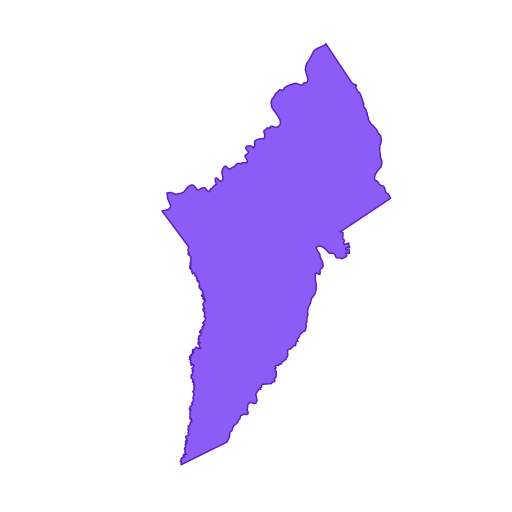 Eirunepé, Amazonas, Brazil, rotated 326°
{"feature_id": "56859067B78365378288365", "entity_name": "Eirunepé", "entity_type": "district", "adm_level": 2, "iso_a3": "BRA", "parent_name": "Brazil", "parent_adm1": "Amazonas", "projection": "natural_earth1", "projection_center": [-70.397, -7.041], "detail": "fine", "context": "isolated", "style": "filled", "palette": "violet", "viewbox_px": 512, "rotation_deg": 326, "n_neighbors": 0, "source": "geoboundaries", "source_scale": "gbopen_adm2", "svg_char_len": 6140}
<svg xmlns="http://www.w3.org/2000/svg" viewBox="0 0 512 512"><g transform="rotate(326 256 256)"><path d="M127.9,394.0L132.9,391.1L135.7,387.5L138.4,387.3L141.8,384.4L145.9,384.1L149.1,382.9L150.3,382.0L151.6,381.9L154.0,379.8L158.2,380.6L159.0,381.9L160.4,382.4L161.8,381.9L162.6,378.8L166.4,374.4L169.5,374.1L172.2,377.6L173.7,377.9L176.1,376.3L178.6,370.4L181.7,368.9L184.0,368.5L185.3,369.1L185.8,367.7L187.3,367.7L188.1,366.3L189.7,366.1L197.5,370.4L198.7,369.7L201.4,370.5L202.9,367.7L204.3,367.8L205.5,366.9L208.1,363.2L208.6,360.0L210.0,360.0L210.0,358.4L211.3,357.8L213.6,359.3L214.9,358.9L216.1,359.6L218.9,358.4L222.9,358.5L224.0,357.3L225.5,357.2L226.7,356.2L229.8,351.4L233.0,352.4L237.7,351.3L238.6,352.4L241.6,349.4L243.1,350.0L243.4,348.1L246.2,347.4L248.5,345.7L251.1,345.1L255.1,345.5L258.4,342.4L259.6,339.7L260.9,339.4L264.3,335.0L266.2,333.8L267.6,330.9L269.8,328.5L274.5,325.7L278.2,322.3L283.6,320.4L287.1,317.4L289.3,314.7L291.9,308.9L295.3,303.9L296.7,303.8L297.6,306.0L298.6,306.9L299.8,305.9L301.0,303.7L301.9,303.0L304.7,302.8L306.3,301.7L307.8,298.2L308.6,293.2L309.9,289.9L310.0,284.7L310.7,282.6L313.1,282.6L315.5,284.2L317.4,288.5L318.1,293.9L318.9,295.2L321.6,296.9L322.2,298.5L321.6,301.7L322.2,303.1L323.6,303.5L325.7,306.3L330.4,306.9L331.5,306.3L331.8,304.0L332.9,304.0L334.0,305.8L334.8,306.0L336.4,303.7L336.7,302.8L336.4,302.1L334.5,301.5L334.1,301.0L334.4,300.1L335.9,299.7L338.0,301.2L338.7,301.0L338.9,299.0L340.0,297.1L335.9,295.9L335.6,295.2L336.4,293.7L338.2,292.4L337.5,290.8L337.7,290.0L341.1,285.4L339.5,283.1L399.8,283.4L400.3,279.9L400.2,278.3L399.4,276.8L399.4,275.3L400.8,270.8L400.6,269.2L398.7,266.9L398.3,265.3L398.5,262.0L397.1,259.8L397.5,258.2L399.1,256.1L400.9,254.9L404.6,253.2L409.4,252.1L411.9,249.8L413.4,247.7L414.1,244.8L417.8,237.2L420.9,233.1L421.9,232.9L424.7,230.1L426.6,225.9L426.0,222.5L426.6,218.9L426.0,213.7L425.2,211.1L425.4,206.4L426.9,202.7L426.9,201.6L428.1,199.9L428.2,198.1L429.0,196.2L428.8,192.0L430.4,190.1L432.6,182.1L433.2,178.5L432.6,177.3L432.8,172.5L433.3,171.2L434.4,170.9L434.7,170.0L432.8,167.8L432.3,165.9L432.6,119.1L430.5,119.6L421.9,118.0L418.7,118.3L409.8,123.2L405.9,124.7L403.4,126.4L401.0,129.3L398.0,138.4L396.8,139.8L395.2,140.6L392.4,139.3L389.8,140.0L388.3,139.1L386.3,135.8L384.9,134.6L377.4,132.6L373.9,132.4L371.2,133.7L368.6,131.4L363.0,132.5L358.7,134.6L357.1,134.8L354.5,136.9L352.2,141.8L352.5,152.6L351.8,157.4L350.0,160.1L348.6,160.9L345.8,161.1L344.2,160.4L341.8,157.3L340.5,156.7L339.4,157.8L336.5,155.9L335.2,156.7L332.3,156.7L331.0,160.5L328.5,163.3L324.9,161.0L319.9,159.8L318.6,160.5L316.8,163.7L314.2,164.9L313.9,163.0L313.0,161.5L309.9,159.9L308.5,160.0L307.6,161.7L307.9,165.5L306.7,166.5L303.6,166.3L302.5,167.5L302.3,171.1L301.9,172.5L300.8,173.6L296.6,170.9L294.9,171.1L293.8,169.6L291.9,168.9L287.5,169.7L284.7,169.3L283.1,169.6L282.0,168.2L281.1,164.5L279.7,164.1L276.8,165.4L274.2,167.7L273.2,171.1L271.4,174.2L268.7,174.6L267.7,172.8L267.5,170.4L266.8,169.1L265.4,169.2L264.3,170.9L263.3,174.3L260.1,174.4L257.3,175.5L255.7,174.9L254.2,176.3L252.9,176.2L252.2,174.4L251.7,170.7L249.2,169.4L244.5,169.0L243.9,163.1L243.3,161.9L241.9,160.9L238.6,160.5L231.7,162.6L228.7,162.0L223.7,159.7L221.1,155.7L217.5,154.0L214.9,159.0L213.5,166.2L212.6,167.5L209.6,168.5L203.3,166.2L205.3,210.5L204.5,212.1L203.1,212.7L202.0,215.5L201.1,216.1L201.8,216.4L200.8,217.3L201.2,217.7L201.4,219.6L200.3,222.4L199.1,223.9L197.5,224.9L198.0,225.6L197.6,226.3L196.9,226.2L196.6,227.2L196.1,226.9L194.9,228.2L195.5,229.1L195.1,229.5L194.5,229.1L194.2,230.0L194.9,230.2L195.0,231.9L194.0,233.1L193.6,235.2L194.8,235.0L195.4,235.6L195.2,237.6L194.7,237.6L194.9,240.4L194.3,241.1L194.8,241.5L193.7,242.8L193.4,244.1L193.6,244.7L194.2,244.4L194.2,245.9L192.9,248.7L191.8,249.1L191.2,250.7L191.3,251.5L192.2,252.2L191.4,253.3L192.2,253.7L192.2,255.7L191.3,255.8L191.2,258.2L190.8,258.9L190.1,258.8L190.5,258.2L189.8,258.0L189.5,258.6L189.3,258.1L188.7,258.3L188.8,259.3L189.5,259.6L190.1,260.8L188.7,261.1L189.7,262.1L189.5,262.6L188.3,262.1L188.4,263.6L189.2,263.6L189.3,264.4L188.1,265.3L187.5,265.0L185.1,266.2L185.3,266.8L184.4,267.8L183.8,271.0L183.4,271.4L182.7,270.2L182.0,270.8L181.5,272.5L182.1,274.1L181.1,274.8L180.0,277.1L179.3,277.0L179.2,277.8L180.0,278.1L179.4,279.5L177.5,281.0L175.0,281.5L174.4,282.2L175.2,283.3L174.4,284.4L173.9,284.1L171.7,284.8L172.2,285.2L171.8,286.4L168.5,286.6L168.4,287.6L167.0,287.1L166.6,287.8L167.4,289.4L167.0,290.0L165.3,290.7L165.0,290.2L163.8,290.5L163.7,291.4L162.7,291.9L162.5,292.8L161.7,292.5L160.9,294.8L160.0,295.1L161.1,296.7L160.4,296.7L159.8,296.0L158.8,296.5L159.3,297.7L158.3,299.8L158.8,301.5L158.2,301.8L157.8,300.5L156.5,300.5L155.4,298.1L152.7,299.0L151.1,298.2L150.3,299.3L151.3,299.4L150.6,301.2L149.9,301.2L149.6,300.5L148.4,301.8L147.6,301.4L147.0,301.5L146.9,302.3L144.8,302.1L144.4,302.5L144.3,303.3L145.2,303.7L143.2,304.5L143.6,304.9L143.5,306.2L142.8,306.5L141.8,308.9L142.4,308.5L142.7,309.4L142.5,310.1L141.6,310.5L143.5,311.5L142.1,313.1L140.0,313.3L140.3,315.4L139.9,315.8L139.1,315.5L138.8,316.0L139.2,316.3L138.4,316.7L138.3,317.5L137.0,318.3L136.7,319.1L135.8,318.4L134.0,320.6L134.5,322.0L134.0,323.7L134.5,324.1L134.4,324.7L133.3,324.5L132.9,325.0L133.5,325.6L133.6,326.5L132.3,327.6L132.2,328.4L132.9,328.8L132.6,329.4L130.8,330.5L130.9,331.4L130.1,331.7L129.8,332.6L127.7,333.1L127.8,334.4L127.1,336.2L124.3,338.4L123.7,340.6L120.2,342.1L120.7,343.0L119.3,344.0L117.4,343.9L115.2,345.7L115.0,346.3L116.1,346.7L115.9,347.3L115.0,347.5L112.6,350.4L112.1,351.8L111.5,352.0L110.5,353.9L111.2,353.9L111.3,355.1L110.5,355.0L110.3,357.2L109.9,357.6L108.7,357.1L106.3,359.5L104.6,359.2L103.4,361.8L102.4,361.9L102.4,363.7L100.8,364.5L100.2,366.8L96.9,366.4L96.2,367.5L96.3,370.4L95.8,370.9L94.8,369.9L94.1,371.5L94.0,370.7L93.5,370.8L93.2,372.2L91.9,372.7L90.7,375.2L89.2,375.4L88.8,376.0L89.1,376.8L87.5,378.5L86.7,380.5L87.0,381.1L85.5,380.4L85.1,381.0L84.8,380.2L84.2,380.5L84.2,382.4L83.3,381.7L81.4,381.9L81.2,382.5L80.1,382.4L79.6,383.5L78.4,384.0L78.9,385.4L77.5,386.4L77.3,387.2L127.9,394.0Z" fill="#8b5cf6" stroke="#5b21b6" stroke-width="1.5"/></g></svg>